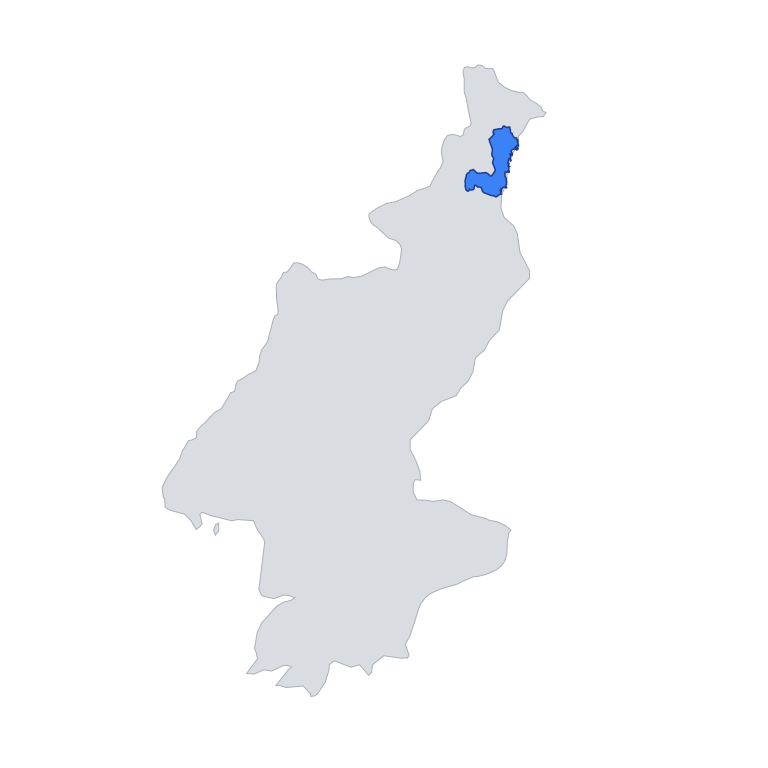 Chongjin City, Hamgyŏng-bukto, North Korea (highlighted), rotated 339°
{"feature_id": "82179303B21659587132529", "entity_name": "Chongjin City", "entity_type": "district", "adm_level": 2, "iso_a3": "PRK", "parent_name": "North Korea", "parent_adm1": "Hamgyŏng-bukto", "projection": "orthographic", "projection_center": [129.876, 42.022], "detail": "fine", "context": "in_parent", "style": "filled", "palette": "blue", "viewbox_px": 768, "rotation_deg": 339, "n_neighbors": 0, "source": "geoboundaries", "source_scale": "gbopen_adm2", "svg_char_len": 6342}
<svg xmlns="http://www.w3.org/2000/svg" viewBox="0 0 768 768"><g transform="rotate(339 384 384)"><path d="M450.2,565.9L447.3,567.5L442.4,576.0L437.7,586.9L433.2,592.7L428.1,595.9L422.6,597.7L411.8,598.3L402.1,597.3L399.0,596.0L385.6,596.4L381.8,597.1L362.6,595.7L352.5,596.2L346.1,598.2L339.4,602.4L333.6,608.9L328.4,615.8L317.9,628.5L310.6,634.5L310.3,643.7L310.0,646.5L307.5,648.3L306.6,647.4L302.6,646.6L286.4,637.6L272.7,642.1L269.1,648.6L265.4,650.6L260.5,637.3L251.7,636.6L238.3,624.5L232.2,626.5L230.4,631.0L222.3,641.2L211.2,649.3L207.7,650.3L203.7,649.5L204.4,647.1L200.5,637.1L183.8,632.2L178.0,627.7L174.9,626.7L192.0,616.7L196.4,615.0L193.3,612.3L189.8,610.8L176.2,611.7L169.3,607.7L159.0,608.3L152.0,605.0L167.4,595.2L168.4,588.9L168.5,584.1L176.7,570.4L184.6,563.0L204.6,552.9L213.1,551.8L219.2,552.6L224.3,551.8L219.2,547.2L214.2,545.0L204.1,544.9L194.1,537.9L193.5,531.1L215.7,489.4L216.2,485.6L213.6,475.0L213.1,464.8L199.1,458.2L192.8,457.1L175.1,444.7L168.2,438.5L165.2,440.0L164.2,449.1L161.4,451.0L156.5,452.5L154.7,441.9L151.2,434.1L139.6,425.6L135.5,421.1L138.2,412.1L137.2,411.2L139.8,401.1L147.6,393.6L166.6,380.6L171.6,374.3L181.2,367.0L185.3,367.4L189.6,367.0L191.1,363.7L192.2,361.0L196.0,358.8L205.0,355.0L215.3,349.9L223.4,348.7L233.5,340.8L237.7,337.2L241.7,337.4L242.9,335.7L245.3,331.5L248.6,328.7L252.9,328.4L260.1,326.6L269.0,325.8L275.3,318.9L277.6,313.9L281.8,308.5L290.5,302.7L296.7,294.0L303.5,284.4L306.6,281.4L309.7,280.9L311.6,277.2L314.0,266.9L317.4,256.9L319.3,252.1L326.8,247.2L328.8,244.7L330.5,243.9L333.9,244.7L338.6,241.8L343.0,238.6L346.9,239.9L350.8,242.9L354.8,248.6L356.5,253.2L359.6,257.0L360.1,262.5L363.3,264.9L370.3,266.3L381.7,270.4L389.1,270.8L393.3,273.7L402.2,275.4L420.0,273.7L427.2,275.1L430.2,278.6L434.7,281.4L437.6,281.6L441.6,277.1L446.0,269.6L448.9,263.9L448.8,259.3L446.5,254.3L440.7,249.6L437.1,242.4L433.6,235.0L431.5,232.6L429.8,228.9L429.6,223.5L430.9,219.8L439.7,217.5L451.0,216.3L460.1,218.0L475.4,217.2L484.7,215.3L491.7,215.7L498.0,215.7L500.9,212.6L509.9,205.1L514.2,202.5L519.0,197.4L519.8,192.0L520.7,187.7L523.4,183.1L528.1,177.4L532.1,174.8L536.5,175.1L541.1,177.8L544.0,180.4L547.4,179.7L550.1,175.2L552.0,174.3L557.3,173.9L558.9,171.2L561.0,157.9L563.0,147.5L563.5,140.2L568.2,128.1L569.6,120.8L572.4,117.4L575.7,117.7L578.4,119.8L581.8,121.1L586.3,119.9L589.5,121.7L591.5,125.6L598.2,128.3L598.9,130.3L598.8,143.4L602.5,149.5L607.4,155.1L614.2,160.1L617.9,161.2L620.1,164.8L622.2,171.0L627.1,177.1L629.7,181.5L630.2,186.1L632.5,188.6L628.6,191.5L623.5,189.8L615.0,188.9L604.2,197.9L598.2,201.1L594.0,210.0L585.5,215.3L580.8,220.9L574.8,230.6L570.8,240.0L561.6,249.6L556.2,261.7L555.9,272.0L561.7,282.6L562.3,291.6L558.1,310.1L560.4,329.8L557.8,337.5L529.1,350.8L521.6,357.5L510.9,374.9L497.9,381.2L489.8,388.3L478.7,392.3L471.4,404.5L463.5,411.4L454.1,415.5L447.1,420.8L431.5,420.8L420.4,424.4L412.4,434.4L388.5,445.5L385.0,454.3L386.3,468.0L386.1,478.5L383.8,487.0L378.7,484.4L375.8,487.2L372.5,495.0L373.2,504.1L381.2,507.3L387.8,511.2L397.2,513.3L404.0,517.6L418.4,537.1L430.4,545.7L433.5,548.9L440.4,553.2L446.7,560.0L450.2,565.9ZM177.1,461.8L172.5,464.5L172.6,459.2L176.3,455.0L179.9,454.6L177.1,461.8Z" fill="#d9dde1" stroke="#a8b0b8" stroke-width="1"/><path d="M577.3,186.2L577.0,186.6L575.8,188.5L576.5,189.9L574.8,191.0L573.0,191.9L571.8,192.4L569.7,193.3L569.8,193.5L569.5,196.0L569.5,197.4L569.4,200.2L569.4,203.3L568.6,205.5L567.4,207.2L566.9,208.6L566.6,210.0L567.1,211.3L567.3,212.7L566.0,214.4L564.8,216.1L564.5,216.9L564.7,218.9L564.7,220.8L564.7,222.2L564.7,223.9L564.2,224.7L562.2,226.1L560.7,227.2L559.4,228.0L558.4,228.3L557.7,227.8L557.2,226.4L556.2,224.7L555.0,223.3L553.2,222.7L551.7,222.2L549.7,221.9L548.5,221.3L547.5,221.1L546.8,220.8L545.8,219.1L545.3,218.0L544.3,215.8L544.1,215.8L543.6,215.8L542.6,215.8L540.9,215.5L540.1,216.3L538.8,217.4L537.6,217.1L536.1,218.0L534.5,220.5L533.3,222.1L532.2,224.1L531.7,226.3L530.7,228.2L530.4,230.2L530.1,232.3L530.4,232.8L531.6,234.2L532.4,234.0L533.1,233.4L533.6,232.8L534.4,233.7L535.1,234.2L536.1,234.5L537.1,234.3L538.1,234.0L538.6,232.9L540.1,230.9L540.9,231.5L541.4,232.3L542.1,233.7L543.1,234.0L544.1,234.6L545.1,235.7L545.1,237.6L545.0,239.3L545.7,241.1L545.8,241.3L547.2,242.4L548.7,243.8L549.5,244.4L550.5,245.5L551.4,246.3L552.7,246.9L554.2,248.0L555.4,249.4L556.7,249.4L558.4,248.9L560.4,248.3L561.7,248.9L561.8,248.5L561.8,247.9L561.6,247.4L561.9,246.3L561.8,245.2L562.0,244.6L562.4,244.8L562.6,246.2L562.9,246.0L563.0,245.4L562.9,245.0L563.2,244.7L563.4,243.8L563.7,244.2L564.0,244.1L564.8,243.5L565.7,243.2L566.3,243.1L567.1,243.6L568.1,244.7L568.6,244.8L568.9,244.5L568.8,243.5L568.5,243.1L568.7,242.5L569.5,241.8L569.9,241.7L570.2,241.4L570.3,240.6L570.4,240.0L571.2,238.5L571.0,237.5L571.7,236.4L571.7,234.7L571.3,233.6L571.3,233.2L572.1,231.7L572.0,231.3L572.4,230.6L572.4,230.1L572.8,229.7L573.3,229.6L573.6,229.8L573.9,230.0L575.0,230.2L575.7,230.5L576.1,231.1L576.4,231.3L576.7,231.1L577.2,230.3L577.1,229.9L576.3,229.6L576.4,229.1L577.1,229.1L577.7,228.2L578.1,226.7L578.3,226.4L579.3,226.0L579.2,225.7L578.2,225.6L577.9,225.3L577.9,225.2L578.2,224.5L579.2,223.7L579.7,223.1L579.5,222.6L579.0,222.5L578.7,222.2L579.4,221.2L580.1,220.4L580.2,220.1L580.8,218.8L581.3,218.4L581.8,218.7L582.2,219.6L582.3,221.2L582.7,221.0L582.8,220.6L582.7,220.0L582.9,219.6L582.6,219.1L582.8,218.7L583.6,217.8L583.6,217.3L584.0,216.4L583.9,214.9L584.0,214.3L584.3,214.2L584.6,214.4L585.0,214.8L585.5,216.4L586.0,216.0L586.4,215.3L586.2,214.7L586.3,213.3L586.0,212.5L586.0,212.3L586.5,211.8L587.0,211.4L587.8,211.2L590.3,211.0L590.3,211.8L591.2,211.9L591.6,212.1L591.8,213.1L592.8,213.0L593.5,212.5L593.7,211.8L593.5,211.3L591.7,210.5L591.3,210.0L591.6,209.7L592.8,209.6L593.3,209.1L593.9,208.9L594.3,209.1L594.5,210.0L594.9,210.0L595.0,209.0L595.4,208.5L595.3,207.8L595.2,207.5L595.6,206.0L596.1,205.6L596.1,205.4L595.5,205.0L595.4,204.8L595.6,204.4L595.9,204.7L596.3,204.7L596.5,204.4L596.3,203.9L595.6,203.2L595.3,202.8L596.0,201.9L594.1,201.0L593.6,199.6L593.1,197.9L593.4,196.0L592.6,195.4L592.4,194.3L592.9,192.6L593.1,191.2L593.4,189.6L593.4,188.5L593.2,189.0L591.7,188.7L590.4,188.5L589.0,186.5L587.7,186.0L586.7,187.1L585.7,187.7L584.5,187.7L583.5,187.1L582.0,186.8L580.8,186.6L579.3,186.3L577.5,186.3L577.3,186.2Z" fill="#3b82f6" stroke="#1e3a8a" stroke-width="1.5"/></g></svg>